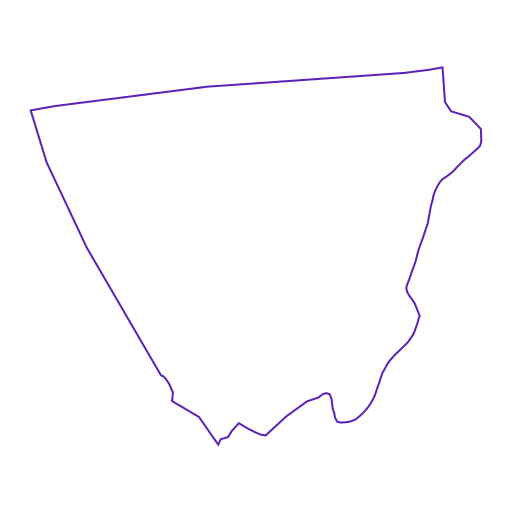 Arma'a, Shabwah, Yemen
{"feature_id": "15242507B99813098953418", "entity_name": "Arma'a", "entity_type": "district", "adm_level": 2, "iso_a3": "YEM", "parent_name": "Yemen", "parent_adm1": "Shabwah", "projection": "equal_earth", "projection_center": [47.238, 15.391], "detail": "fine", "context": "isolated", "style": "outline", "palette": "violet", "viewbox_px": 512, "rotation_deg": 0, "n_neighbors": 0, "source": "geoboundaries", "source_scale": "gbopen_adm2", "svg_char_len": 1689}
<svg xmlns="http://www.w3.org/2000/svg" viewBox="0 0 512 512"><path d="M30.7,110.4L46.6,162.3L86.8,247.7L161.0,375.4L163.2,376.2L165.9,379.0L169.1,383.8L172.9,392.4L172.3,399.6L171.8,400.2L172.0,400.9L172.4,401.3L199.0,417.0L213.5,437.9L218.3,444.6L220.7,439.2L228.1,437.0L231.8,431.0L238.9,423.2L242.6,425.4L246.2,427.6L249.7,429.5L253.2,431.3L256.9,433.0L260.5,434.6L264.2,435.2L265.7,435.4L286.3,416.4L307.1,401.3L318.6,397.5L319.2,397.0L322.6,394.3L326.1,393.1L328.7,393.9L329.5,394.1L330.5,396.4L331.5,398.7L332.1,403.8L332.8,409.0L334.2,412.9L335.0,417.6L337.3,421.8L340.8,422.6L344.6,422.3L348.3,421.9L348.8,421.8L351.9,421.0L355.8,419.3L358.9,416.7L362.0,414.0L364.8,411.0L367.5,407.9L370.1,404.3L372.4,400.3L374.5,396.3L376.1,391.6L377.7,386.8L379.3,382.5L380.8,377.6L382.3,373.2L384.7,369.0L386.9,364.7L389.3,361.2L392.0,358.1L394.9,354.8L397.9,352.0L400.9,349.1L404.0,346.1L407.3,342.9L409.8,339.5L412.5,335.7L414.5,331.6L416.1,327.0L417.6,322.6L418.8,318.1L419.8,316.2L418.2,312.1L416.5,307.9L414.8,303.6L412.4,299.8L409.8,296.5L407.4,292.4L406.2,287.9L407.6,283.4L409.3,279.2L410.8,274.8L412.3,270.4L414.1,265.6L415.8,260.7L417.0,255.7L418.2,251.2L419.6,246.7L421.2,242.4L422.8,238.2L424.4,233.4L426.0,228.4L427.6,224.1L428.5,219.4L429.4,214.3L430.2,209.7L431.2,205.0L432.5,200.3L433.5,195.5L435.1,190.7L437.3,186.5L439.6,182.4L442.6,179.1L445.8,177.0L449.1,174.7L452.3,172.1L455.2,169.1L458.0,166.0L461.1,163.0L464.3,159.8L467.5,157.3L470.6,154.7L473.8,151.8L477.0,149.0L480.2,145.6L481.3,140.7L480.9,129.0L469.2,116.8L451.1,111.3L445.0,102.1L442.5,67.4L429.0,69.8L404.4,72.9L207.0,86.7L152.1,93.7L55.2,106.0L30.7,110.4Z" fill="none" stroke="#5b21b6" stroke-width="2"/></svg>